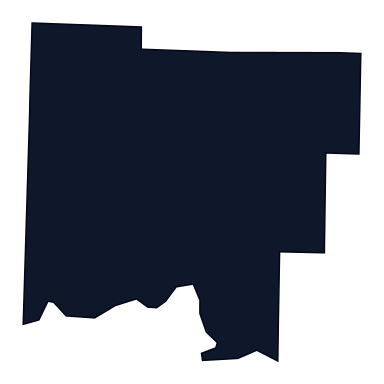 outline of Johnson, Arkansas, United States of America
{"feature_id": "52423323B48862010704992", "entity_name": "Johnson", "entity_type": "district", "adm_level": 2, "iso_a3": "USA", "parent_name": "United States of America", "parent_adm1": "Arkansas", "projection": "natural_earth1", "projection_center": [-93.456, 35.548], "detail": "fine", "context": "isolated", "style": "filled", "palette": "ink", "viewbox_px": 384, "rotation_deg": 0, "n_neighbors": 0, "source": "geoboundaries", "source_scale": "gbopen_adm2", "svg_char_len": 570}
<svg xmlns="http://www.w3.org/2000/svg" viewBox="0 0 384 384"><path d="M32.1,23.0L30.0,96.0L29.5,118.1L23.2,324.3L38.9,319.9L48.0,301.1L53.8,302.4L66.2,315.9L94.7,317.9L115.1,305.6L136.5,298.9L147.7,307.1L156.6,307.7L165.4,301.4L176.2,286.9L193.2,284.0L199.9,300.1L199.9,313.6L206.3,332.0L217.4,342.7L215.8,347.9L201.5,353.3L202.5,360.4L237.8,358.4L256.8,350.2L277.8,361.0L278.4,318.5L279.6,251.8L324.4,252.8L324.5,241.7L325.8,153.0L358.9,154.0L360.8,53.5L338.8,52.7L231.2,52.5L141.2,49.2L141.4,27.0L32.1,23.0Z" fill="#0f172a" stroke="#020617" stroke-width="1.5"/></svg>